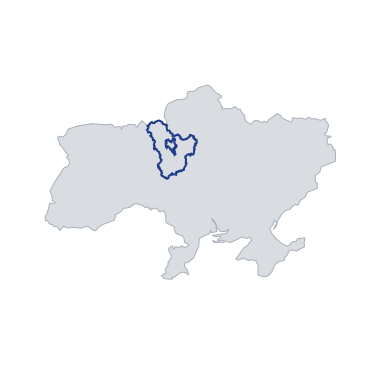 location of Kiev within Ukraine, rotated 346°
{"feature_id": "UKR-321", "entity_name": "Kiev", "entity_type": "Region", "adm_level": 1, "iso_a3": "UKR", "parent_name": "Ukraine", "parent_adm1": "", "projection": "albers", "projection_center": [30.544, 50.332], "detail": "fine", "context": "in_parent", "style": "outline", "palette": "blue", "viewbox_px": 384, "rotation_deg": 346, "n_neighbors": 0, "source": "natural_earth", "source_scale": "10m", "svg_char_len": 9463}
<svg xmlns="http://www.w3.org/2000/svg" viewBox="0 0 384 384"><g transform="rotate(346 192 192)"><path d="M262.5,258.1L267.1,264.2L270.8,267.2L272.6,267.3L277.4,264.6L280.6,265.2L283.2,262.9L290.5,263.8L288.6,268.1L287.9,272.3L278.7,274.5L275.1,272.3L271.5,272.7L269.6,275.8L266.1,278.1L265.1,280.5L258.4,280.8L254.1,283.2L250.9,288.0L247.3,291.0L244.4,292.1L239.7,291.1L235.9,288.3L238.5,279.3L237.3,274.5L234.3,272.4L230.6,272.3L225.7,268.6L220.2,269.3L218.3,267.5L229.3,258.4L231.7,257.9L238.3,253.1L236.9,249.4L234.1,250.5L230.0,247.7L217.3,250.4L209.5,246.1L205.9,245.6L205.0,244.6L208.7,243.5L209.0,241.9L203.8,240.9L201.0,238.9L215.1,240.6L218.8,237.0L214.9,238.3L210.9,237.6L209.5,236.5L207.7,233.0L207.5,228.0L205.7,223.6L204.3,222.2L207.1,229.4L206.5,236.4L200.6,236.1L201.1,233.2L198.4,237.0L193.7,237.2L187.8,239.0L185.4,246.2L177.7,256.3L170.7,259.6L168.3,259.0L167.3,259.8L166.8,262.9L168.0,264.4L168.9,269.4L168.5,271.5L166.1,268.6L163.2,267.4L160.0,267.7L154.1,270.5L152.1,269.9L152.2,271.4L151.7,271.8L146.2,270.2L143.9,268.8L142.1,266.1L143.8,264.9L147.2,264.6L147.2,260.8L151.5,256.3L151.7,254.1L155.4,251.4L156.5,248.2L155.3,243.5L155.8,241.1L159.8,239.5L160.1,243.2L161.0,242.9L161.9,241.0L167.3,242.8L168.9,241.6L171.1,244.0L175.3,243.4L176.3,242.3L172.7,239.3L173.0,234.7L171.9,232.0L166.7,228.6L165.7,224.4L166.2,220.8L163.6,219.3L159.4,215.2L160.8,208.0L160.6,205.3L159.5,203.2L156.0,203.5L153.6,199.2L149.5,198.3L148.4,199.8L147.7,198.3L146.3,198.4L146.5,196.6L145.6,196.0L142.2,195.4L141.4,193.7L137.8,191.2L133.4,189.5L130.9,191.0L129.8,190.5L127.9,192.0L121.5,191.3L117.5,194.3L112.2,195.4L111.6,197.6L109.5,200.6L97.6,201.9L92.4,203.7L90.7,205.6L87.6,206.0L82.7,200.3L81.1,199.7L75.9,200.3L67.5,197.4L63.1,197.0L58.8,194.1L57.2,196.0L54.0,197.2L53.9,195.1L52.7,193.0L49.6,192.0L48.7,190.1L46.0,188.5L44.9,184.6L42.8,184.4L43.5,180.3L46.3,177.7L51.4,168.4L56.3,169.8L56.5,168.7L54.4,166.2L55.2,163.2L54.5,156.9L55.6,155.3L61.7,148.5L73.7,137.6L78.0,137.1L80.1,134.3L80.4,132.1L78.9,127.7L81.0,126.4L80.9,125.7L79.3,123.8L77.8,119.0L75.1,114.1L75.6,112.0L74.7,108.8L75.0,106.4L77.9,106.0L80.2,107.6L83.2,105.8L87.2,101.0L98.3,100.3L111.6,101.6L124.6,106.0L130.3,106.7L132.6,110.7L137.4,110.8L138.7,111.6L138.8,114.0L141.4,111.2L143.7,112.1L146.5,111.0L152.9,112.8L153.6,115.0L154.9,115.6L156.9,113.0L160.9,110.8L164.6,117.1L167.9,115.8L177.4,114.8L179.8,116.8L180.1,118.7L183.5,120.2L184.8,117.9L183.3,111.8L184.1,109.5L186.7,104.3L190.2,100.5L199.4,98.8L207.9,100.1L210.4,98.5L211.5,94.5L212.6,93.6L218.4,94.8L223.6,92.4L232.6,91.9L235.6,94.1L238.9,100.9L243.6,105.7L243.4,107.3L239.4,108.4L239.3,109.3L240.8,111.5L241.5,116.3L242.2,116.8L241.4,119.0L245.8,119.3L249.3,120.7L254.8,119.6L256.6,123.1L259.0,123.4L259.2,125.7L261.6,131.2L261.0,134.2L261.4,136.0L264.6,140.1L266.0,140.5L269.3,138.0L272.9,138.5L276.2,141.5L279.3,141.2L281.4,142.8L283.5,140.6L293.9,136.6L296.7,139.4L297.2,141.3L299.1,143.8L305.1,148.0L306.7,147.3L306.9,145.1L308.2,144.3L311.5,146.2L314.7,146.2L319.4,148.9L323.5,147.6L325.9,150.2L328.5,150.3L334.2,153.6L339.0,152.8L339.1,156.5L340.4,157.9L340.5,160.9L337.5,166.0L334.4,167.9L335.8,170.1L339.8,171.2L340.2,171.9L336.7,172.7L335.5,174.5L335.0,178.4L338.3,179.2L339.8,183.6L339.2,185.2L341.2,185.8L338.8,196.9L323.4,198.9L320.9,203.5L316.4,205.4L315.2,206.8L314.3,212.9L315.8,213.9L314.7,216.6L315.1,218.7L303.7,220.2L300.6,224.5L295.6,226.0L291.6,230.4L289.7,229.3L287.5,229.5L282.8,232.5L278.4,232.6L275.1,234.0L268.1,240.6L265.0,246.1L261.8,247.9L266.2,243.3L266.2,241.0L265.0,239.3L262.4,243.8L258.8,246.0L259.2,251.1L262.5,258.1ZM211.6,248.7L201.3,246.3L200.3,243.4L202.6,245.9L211.6,248.7Z" fill="#d9dde1" stroke="#a8b0b8" stroke-width="1"/><path d="M169.6,114.4L169.9,114.4L170.2,114.6L170.6,115.5L170.8,115.7L172.2,116.0L172.5,115.9L172.9,115.3L173.1,115.1L173.5,115.3L174.7,114.8L175.0,114.7L177.2,114.7L177.7,114.8L178.1,115.1L178.9,116.2L179.7,116.6L179.9,116.7L180.1,117.1L180.1,117.5L179.9,118.3L180.0,118.6L180.5,119.2L180.9,119.5L181.6,119.5L181.9,119.7L182.2,120.3L182.9,120.4L183.3,120.7L183.4,121.0L183.6,120.9L183.7,121.0L183.1,121.2L183.0,121.3L183.2,122.0L183.3,122.3L182.9,124.2L182.9,125.7L183.0,126.6L183.3,126.7L183.6,126.5L184.0,126.7L184.6,126.8L185.1,127.3L185.3,127.5L185.4,128.0L185.2,129.1L185.2,129.6L186.5,130.2L187.2,130.8L187.1,131.6L186.6,132.8L186.6,133.0L186.9,133.1L187.4,132.9L188.1,133.5L188.3,133.4L188.5,133.1L189.6,133.3L190.1,133.0L191.4,133.0L192.0,132.7L192.5,133.3L192.5,133.7L192.5,133.8L193.3,134.0L193.3,134.4L193.9,135.0L194.1,135.5L194.3,136.1L194.2,136.4L194.1,136.7L193.7,136.8L193.6,137.1L194.3,137.9L194.9,138.0L195.0,138.2L195.0,138.6L195.2,138.9L195.7,139.0L196.0,139.2L196.6,139.1L198.2,139.4L198.6,139.0L199.8,139.2L200.2,138.9L200.6,138.9L200.9,138.6L201.4,138.4L201.8,138.0L202.8,138.0L203.1,137.6L203.3,137.4L203.3,137.1L203.4,136.8L203.5,136.5L203.9,136.2L204.3,136.2L205.3,137.0L206.2,138.0L207.1,138.1L207.4,138.6L207.3,139.2L207.2,139.3L206.7,139.3L206.4,139.7L206.4,139.9L207.0,140.5L207.0,141.1L207.2,141.3L207.5,141.5L208.2,141.5L208.3,141.6L208.3,141.8L207.9,142.2L208.0,142.3L209.1,143.0L208.7,144.1L208.4,144.7L208.6,145.0L208.1,145.8L207.4,145.6L207.2,145.6L206.9,145.7L206.6,146.1L206.5,146.4L206.6,146.7L206.9,147.2L206.9,147.4L206.8,147.6L206.2,148.2L205.9,148.3L205.6,148.2L205.4,148.8L204.6,149.4L204.6,149.5L204.7,149.9L204.8,150.7L205.0,151.1L205.0,151.3L204.0,151.8L203.9,152.0L204.0,152.5L203.9,152.9L203.7,153.5L203.3,154.1L203.3,154.6L202.9,155.0L202.5,155.8L202.4,155.8L200.8,155.6L200.7,155.5L200.7,154.8L200.6,154.6L200.4,154.6L200.3,155.2L200.1,155.5L199.7,155.6L199.3,155.4L199.1,155.6L199.0,156.0L198.6,155.6L198.5,155.3L198.2,154.9L198.1,154.5L197.8,154.4L197.3,154.6L196.3,154.7L195.1,155.6L194.5,155.6L194.3,155.8L193.8,156.7L194.1,157.0L193.8,157.8L194.1,158.1L194.1,158.3L194.0,159.2L193.7,159.8L193.7,160.4L193.4,161.3L193.0,161.8L193.0,162.3L193.5,162.5L193.5,162.8L193.5,163.3L192.7,163.9L192.2,164.9L191.5,165.4L190.1,166.9L189.7,167.7L189.6,168.4L189.4,168.6L189.2,168.6L189.0,168.3L188.8,168.2L188.4,168.6L187.8,168.4L187.3,168.9L186.4,169.2L185.8,168.4L185.3,168.5L184.7,168.3L184.3,169.0L183.6,168.7L183.3,169.0L182.7,169.2L182.4,168.8L182.1,168.6L181.7,168.6L181.4,168.9L181.3,169.6L180.9,171.3L180.8,171.5L180.5,171.4L180.4,171.2L180.4,170.9L177.3,170.2L177.2,169.9L177.5,169.4L177.5,169.2L177.0,169.0L176.2,169.7L176.4,170.3L175.9,170.2L175.1,170.1L174.9,170.3L174.7,170.6L173.7,170.7L173.2,171.1L172.8,171.8L172.4,172.3L172.4,172.8L170.8,173.0L170.5,172.9L170.2,172.6L170.0,172.3L170.0,172.1L170.3,171.9L170.2,171.8L169.5,171.5L169.3,171.2L169.2,171.1L168.6,171.1L167.8,169.6L167.1,169.3L166.7,169.1L166.6,168.7L166.3,168.0L166.3,167.6L166.4,167.4L167.3,166.8L167.5,166.6L167.5,166.0L167.0,164.9L167.1,164.7L167.4,164.5L167.5,163.9L167.4,163.7L166.6,163.3L166.3,162.8L166.3,162.1L166.6,161.4L166.6,161.1L166.3,160.9L165.5,160.8L165.6,160.4L166.1,160.1L166.1,159.5L166.1,159.4L165.1,159.3L165.1,159.2L165.4,158.7L165.6,158.1L165.6,157.8L165.4,157.3L165.5,157.1L166.1,156.9L166.4,156.6L166.8,156.6L167.4,156.1L168.6,155.5L169.0,155.0L169.2,154.6L169.7,154.3L170.2,153.8L170.3,153.5L170.3,153.4L169.3,151.6L169.5,151.1L169.3,150.2L169.3,149.8L169.4,149.6L170.1,149.3L170.4,149.0L170.4,148.9L170.2,148.6L170.2,148.0L169.8,147.7L169.7,147.4L169.8,145.3L169.7,145.2L169.3,144.9L168.9,144.1L168.4,143.9L168.3,143.4L168.1,142.8L168.0,142.1L167.8,141.7L167.6,141.5L167.3,141.3L166.6,141.3L165.8,141.6L165.6,141.5L165.5,141.3L165.5,141.2L166.0,141.1L166.1,140.9L165.8,140.5L165.8,140.3L166.4,140.3L166.5,140.1L166.7,139.6L166.7,139.3L166.3,139.0L166.3,138.7L166.7,138.5L166.9,137.7L166.5,137.2L166.4,137.0L166.4,136.8L167.4,135.1L168.0,134.8L168.1,134.6L168.2,134.3L168.3,134.1L167.9,132.5L167.6,132.3L166.8,132.4L166.6,132.3L166.6,132.1L167.0,130.3L166.9,130.0L166.5,129.5L165.6,128.1L165.2,127.8L165.2,127.5L165.2,127.3L165.3,127.3L165.8,127.3L166.3,127.5L166.3,127.4L166.3,126.2L166.7,125.4L166.7,125.1L166.5,124.8L165.8,124.5L165.5,123.8L164.8,123.2L164.4,123.1L164.1,123.7L163.9,123.7L163.8,123.1L163.6,121.8L163.3,120.7L163.8,120.5L164.6,120.0L165.0,119.6L165.2,119.2L165.2,118.7L165.3,117.6L165.2,117.5L164.9,117.6L164.7,117.2L165.1,116.9L165.5,116.8L166.2,117.1L166.5,117.1L167.1,115.7L168.1,115.4L168.6,114.8L168.9,114.6L169.6,114.4ZM186.8,144.8L187.4,144.7L187.4,143.7L188.1,143.7L188.3,143.2L187.8,142.8L187.8,142.4L186.9,141.0L186.9,140.1L187.0,139.8L186.8,139.3L186.8,139.0L187.2,138.4L187.6,138.1L188.2,137.4L188.1,136.0L186.6,135.3L186.2,135.7L186.2,136.4L185.9,136.7L185.4,136.9L185.1,137.6L183.6,137.5L183.4,137.7L183.5,138.3L183.1,138.0L182.8,137.5L182.4,137.1L182.1,136.2L181.7,136.1L181.7,135.4L180.1,135.4L180.1,136.0L179.1,136.1L179.4,136.7L179.3,137.3L179.0,136.8L178.7,137.0L178.9,137.4L178.9,137.8L178.2,138.4L178.1,138.8L178.2,139.3L178.1,139.8L177.9,140.0L178.0,140.9L177.8,141.3L177.7,142.3L177.9,142.7L178.0,142.4L178.3,142.5L178.5,141.6L179.2,141.9L179.6,141.7L179.8,141.8L180.0,142.8L180.5,143.3L181.0,143.8L181.4,144.4L181.2,144.9L181.3,145.5L181.9,145.5L182.0,146.5L182.3,146.6L182.4,147.1L182.6,146.9L183.1,147.3L182.9,148.4L183.3,148.4L183.4,149.7L183.8,149.8L184.1,150.6L184.1,151.8L185.1,151.3L185.0,150.9L185.2,150.6L184.8,149.7L184.7,149.0L185.0,149.0L185.2,148.2L185.0,147.2L184.5,146.0L184.7,145.8L184.5,145.4L185.0,145.2L185.1,145.5L185.5,145.4L185.9,145.6L186.3,145.5L186.2,144.7L186.4,144.3L186.8,144.8Z" fill="none" stroke="#1e3a8a" stroke-width="2"/></g></svg>